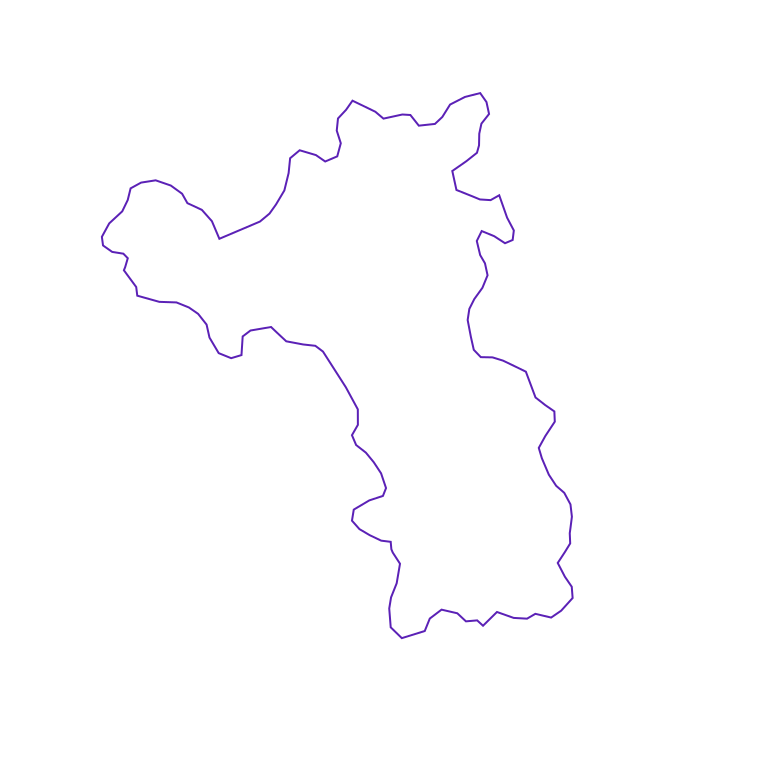 the district of Jecheon-si, North Chungcheong, South Korea, rotated 337°
{"feature_id": "91817680B41858032192319", "entity_name": "Jecheon-si", "entity_type": "district", "adm_level": 2, "iso_a3": "KOR", "parent_name": "South Korea", "parent_adm1": "North Chungcheong", "projection": "mercator", "projection_center": [128.142, 37.027], "detail": "fine", "context": "isolated", "style": "outline", "palette": "violet", "viewbox_px": 768, "rotation_deg": 337, "n_neighbors": 0, "source": "geoboundaries", "source_scale": "gbopen_adm2", "svg_char_len": 2038}
<svg xmlns="http://www.w3.org/2000/svg" viewBox="0 0 768 768"><g transform="rotate(337 384 384)"><path d="M191.4,206.3L209.3,220.6L224.8,227.8L234.3,237.3L240.3,246.8L243.9,260.0L241.5,273.1L243.9,291.0L253.4,300.5L264.1,301.7L272.5,285.0L282.0,282.6L302.3,287.4L305.9,295.7L310.7,306.5L325.0,316.0L335.7,322.0L340.5,330.3L347.6,372.1L350.0,397.1L344.0,411.4L334.5,418.6L334.5,429.3L340.5,440.1L344.0,452.0L346.4,465.1L345.2,480.6L339.3,486.6L325.0,485.4L307.1,487.8L301.1,497.3L304.7,508.0L311.8,517.6L320.2,527.1L328.5,531.9L326.2,539.0L326.2,542.6L328.5,555.7L317.8,572.4L307.1,583.2L301.1,592.7L295.1,610.6L301.1,624.9L325.0,627.3L334.5,617.8L348.8,614.2L361.9,623.7L366.7,634.5L377.4,638.0L380.7,645.2L398.9,638.0L412.0,650.0L424.0,655.9L433.5,654.7L446.6,664.3L458.5,661.9L474.0,654.7L477.6,644.0L475.2,632.1L474.0,616.6L484.8,609.4L493.1,603.5L496.7,593.9L499.5,589.2L505.1,579.6L508.6,567.7L507.4,554.6L502.7,545.0L500.3,531.9L500.3,514.0L501.5,503.3L512.2,494.9L526.5,485.4L530.1,475.8L524.1,466.3L518.2,455.6L519.4,428.1L512.2,419.8L502.7,409.0L494.3,401.9L483.6,397.1L480.0,387.6L482.4,374.5L486.0,357.8L491.9,348.2L500.3,341.1L512.2,333.9L521.8,324.4L524.1,312.4L522.9,302.9L525.3,288.6L533.7,281.4L543.2,291.0L550.4,301.7L558.7,301.7L563.5,293.4L562.3,279.0L563.8,255.3L554.0,256.4L544.4,251.6L538.5,245.6L526.5,233.7L530.1,214.6L546.8,211.1L559.9,207.5L564.7,201.5L569.5,190.8L575.4,182.4L586.2,176.5L588.5,164.5L586.2,153.8L570.7,151.4L554.0,152.6L542.0,161.0L532.5,164.5L517.0,159.8L513.4,146.7L506.2,143.1L487.2,139.5L482.4,130.0L465.7,110.9L456.2,116.8L445.4,121.6L439.5,132.3L438.3,145.5L429.9,156.2L416.8,156.2L410.8,146.7L397.7,135.9L385.8,139.5L378.6,152.6L367.9,166.9L354.8,176.5L345.2,182.4L333.3,186.0L289.2,186.0L289.2,166.9L284.4,152.6L273.7,140.7L272.5,130.0L265.3,118.0L253.4,107.3L239.1,103.7L227.2,104.9L220.0,114.5L210.5,122.8L193.8,128.8L181.8,138.3L179.5,146.7L185.4,156.2L195.0,162.2L197.3,168.1L191.4,175.3L189.0,177.7L193.8,197.9L191.4,206.3Z" fill="none" stroke="#5b21b6" stroke-width="2"/></g></svg>